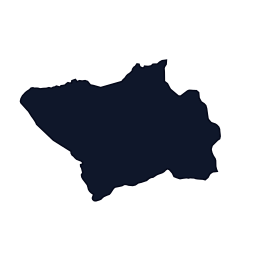 outline of Cândido Mota, São Paulo, Brazil, rotated 239°
{"feature_id": "56859067B55790387893872", "entity_name": "Cândido Mota", "entity_type": "district", "adm_level": 2, "iso_a3": "BRA", "parent_name": "Brazil", "parent_adm1": "São Paulo", "projection": "orthographic", "projection_center": [-50.425, -22.81], "detail": "fine", "context": "isolated", "style": "filled", "palette": "ink", "viewbox_px": 256, "rotation_deg": 239, "n_neighbors": 0, "source": "geoboundaries", "source_scale": "gbopen_adm2", "svg_char_len": 2472}
<svg xmlns="http://www.w3.org/2000/svg" viewBox="0 0 256 256"><g transform="rotate(239 128 128)"><path d="M81.3,66.2L81.0,68.1L81.5,70.0L81.8,71.8L81.4,75.2L80.9,77.8L81.4,79.5L83.2,83.2L83.9,85.0L84.0,86.6L82.9,89.6L81.7,93.1L81.6,95.8L80.7,97.3L78.7,99.2L77.6,100.7L76.3,102.5L75.5,105.0L75.7,108.5L74.7,111.6L74.0,114.8L73.5,116.9L74.0,120.0L73.8,122.2L73.0,124.2L73.1,126.3L73.2,128.5L72.9,130.7L72.4,132.9L72.1,134.7L72.2,136.8L72.7,138.4L72.8,140.8L71.1,142.1L66.5,142.9L62.7,142.5L60.1,144.5L57.8,146.5L56.7,149.4L55.2,152.7L54.0,154.0L53.4,155.8L52.3,157.3L51.2,159.0L49.8,160.1L48.5,161.7L47.3,163.4L45.6,165.9L43.9,167.5L44.5,171.1L46.4,174.2L46.7,175.9L46.8,178.1L45.9,180.0L44.9,182.2L47.1,182.5L49.9,183.4L55.0,186.3L56.8,186.8L60.4,186.7L63.5,187.1L65.8,187.8L67.2,188.4L69.7,191.2L71.5,198.5L71.6,201.0L73.4,202.7L75.2,203.6L78.3,205.0L79.8,205.8L82.0,206.2L84.5,205.7L86.3,204.9L89.8,202.0L93.3,201.4L94.8,201.4L98.4,202.9L104.2,205.4L105.7,205.8L107.2,206.2L109.6,205.7L112.7,204.2L117.1,204.4L122.0,206.8L124.7,205.9L126.8,202.7L127.7,201.5L128.8,199.8L129.1,198.1L128.2,189.7L129.4,187.7L139.3,184.3L140.9,184.3L145.7,184.6L149.2,183.2L157.6,188.1L160.6,189.6L161.7,190.8L163.0,193.5L166.4,195.9L168.1,191.9L168.2,189.0L167.6,186.1L168.7,184.2L169.8,182.3L169.3,179.9L170.3,177.1L171.4,175.5L172.5,174.0L171.4,172.6L172.3,171.0L174.5,169.7L177.0,170.3L178.3,168.7L177.1,166.1L177.0,164.2L176.1,162.3L174.6,160.8L173.9,157.4L173.9,155.6L173.5,153.8L172.3,151.1L171.8,148.6L171.0,146.6L176.7,125.4L182.2,120.2L184.3,117.9L186.5,117.6L188.7,117.3L190.7,115.6L191.8,112.9L193.6,110.7L193.9,108.2L196.7,107.9L197.1,106.0L197.4,104.2L195.7,102.9L196.6,101.0L197.8,99.9L197.7,98.1L197.2,96.2L197.8,94.3L198.7,92.4L198.1,90.8L199.3,89.6L200.8,88.2L200.8,86.4L201.4,84.9L201.5,82.7L203.3,81.0L204.0,78.5L205.5,75.7L206.8,72.8L208.3,71.4L209.3,70.0L210.2,68.3L211.4,67.2L212.1,65.5L211.5,63.3L211.4,60.4L211.1,58.2L210.5,56.3L209.9,54.2L208.2,51.4L206.3,49.6L204.7,49.2L195.4,51.0L193.6,51.4L187.7,51.5L184.7,51.8L182.1,51.9L180.3,51.9L178.3,51.6L155.9,57.8L137.4,67.2L135.6,66.3L133.5,66.2L131.9,66.9L129.7,67.3L127.8,67.9L125.5,69.6L124.1,70.7L122.2,71.5L120.4,70.4L121.0,68.5L119.5,67.7L117.5,67.7L115.4,67.0L113.0,66.3L111.8,64.0L109.7,63.2L107.4,63.1L104.9,63.4L102.0,63.7L100.2,63.9L97.9,63.3L95.7,62.6L93.6,62.6L91.3,63.2L88.8,64.4L87.4,62.7L86.3,61.4L84.8,61.0L83.1,61.6L82.1,63.0L81.3,66.2Z" fill="#0f172a" stroke="#020617" stroke-width="1.5"/></g></svg>